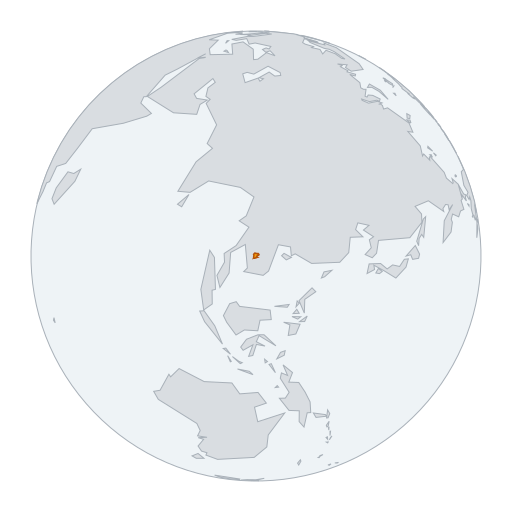 the Earth from above Siemréab, rotated 49°
{"feature_id": "KHM-1781", "entity_name": "Siemréab", "entity_type": "Province", "adm_level": 1, "iso_a3": "KHM", "parent_name": "Cambodia", "parent_adm1": "", "projection": "orthographic", "projection_center": [104.194, 13.577], "detail": "fine", "context": "on_globe", "style": "filled", "palette": "amber", "viewbox_px": 512, "rotation_deg": 49, "n_neighbors": 0, "source": "natural_earth", "source_scale": "10m", "svg_char_len": 10282}
<svg xmlns="http://www.w3.org/2000/svg" viewBox="0 0 512 512"><g transform="rotate(49 256 256)"><circle cx="256" cy="256" r="225" fill="#eef3f6" stroke="#a8b0b8"/><path d="M465.9,329.1L465.5,330.6L465.3,330.8L465.9,329.1ZM358.9,55.6L359.8,56.4L368.0,61.4L360.5,57.3L381.0,70.7L387.1,77.4L375.6,67.2L370.9,64.3L372.9,67.1L368.5,64.9L366.9,65.2L361.5,62.5L355.2,57.5L351.6,55.9L353.2,58.1L348.7,57.3L347.0,54.2L339.1,52.8L327.1,45.8L326.7,42.4L315.6,38.8L313.3,38.1L328.9,42.8L344.1,48.7L358.9,55.6ZM374.9,65.9L373.3,64.4L376.3,66.7L374.9,65.9ZM367.6,65.7L369.5,67.0L367.9,66.7L367.6,65.7ZM358.1,62.5L355.0,62.0L357.1,61.6L358.1,62.5ZM352.5,61.1L344.9,60.5L348.4,63.0L334.4,56.3L345.4,58.6L347.5,57.5L349.0,59.4L352.5,61.1ZM305.1,36.1L297.0,34.5L295.3,34.2L305.1,36.1ZM327.9,52.9L325.1,52.3L326.8,52.1L327.9,52.9ZM310.2,37.3L309.8,37.3L303.1,35.9L302.1,35.8L296.9,34.5L310.2,37.3ZM292.6,33.8L289.9,33.4L294.4,34.2L289.6,33.6L287.0,32.9L286.1,32.9L284.6,32.8L284.2,32.5L292.6,33.8ZM273.3,31.4L273.9,31.5L270.0,31.2L273.3,31.4ZM279.9,32.0L280.0,32.1L276.0,31.7L276.7,31.7L278.4,31.8L279.9,32.0ZM287.2,33.5L295.3,34.6L295.6,34.8L287.2,33.5ZM271.5,31.4L272.7,31.5L270.8,31.3L271.5,31.4ZM282.2,32.7L285.0,33.0L285.3,33.1L282.2,32.7ZM272.9,31.7L271.3,31.5L273.4,31.6L272.9,31.7ZM277.0,32.1L276.7,32.3L275.1,31.7L278.3,32.2L277.0,32.1ZM282.0,32.8L283.1,33.0L280.8,32.7L282.0,32.8ZM265.8,31.9L263.2,31.2L267.9,31.2L269.7,31.8L265.8,31.9ZM77.7,118.3L77.5,119.7L76.1,122.2L69.2,131.3L62.1,149.5L68.3,142.9L69.0,155.2L74.0,158.5L88.4,141.2L80.2,135.1L85.9,125.3L98.1,122.4L106.2,129.0L108.7,125.5L109.4,114.7L117.4,110.3L110.4,110.7L108.7,114.9L104.4,115.6L105.6,111.9L108.3,110.3L107.6,107.3L94.7,116.9L91.6,122.2L85.9,120.4L80.3,129.4L76.6,132.2L84.8,118.2L88.6,113.9L98.8,98.5L94.3,102.6L84.3,117.8L84.7,115.8L78.5,122.6L83.6,116.0L95.6,99.4L94.5,99.0L91.5,102.1L112.9,82.0L116.2,79.3L115.2,80.4L122.6,75.7L122.8,76.6L134.3,69.3L136.0,69.1L128.7,73.2L123.8,77.1L125.5,80.8L128.4,79.9L135.7,75.2L135.2,77.3L142.1,72.2L147.3,73.1L146.7,68.2L155.2,63.6L163.0,61.7L165.7,59.6L153.1,62.9L148.1,65.1L144.0,68.3L130.4,75.1L128.0,75.2L141.8,65.6L139.9,65.0L151.5,58.7L178.6,52.0L185.5,52.8L179.0,62.9L172.4,64.8L171.5,61.8L164.5,68.5L168.8,66.0L168.5,68.1L176.5,65.1L176.7,66.5L184.2,61.6L185.2,63.0L180.5,66.1L193.3,63.9L197.8,66.6L200.7,65.5L202.4,63.6L207.0,68.9L208.9,67.9L208.1,65.7L211.4,62.5L219.0,59.3L220.2,61.3L217.6,62.7L213.9,69.1L206.8,73.3L208.1,73.8L214.5,70.8L219.0,62.8L223.2,60.4L222.0,63.9L222.8,62.4L225.3,61.8L228.8,63.3L230.5,59.5L256.1,53.3L265.5,56.4L261.6,59.7L280.7,59.8L289.8,64.7L289.0,62.5L297.7,62.0L295.0,60.3L295.3,59.3L316.3,59.1L322.2,61.2L330.4,60.0L330.1,59.1L326.2,57.3L334.4,56.3L348.4,63.0L348.5,64.7L357.2,68.5L356.2,72.1L359.4,77.3L353.3,80.1L356.4,84.6L359.4,85.7L365.9,93.1L368.6,106.0L352.9,90.8L346.2,73.8L347.8,79.9L343.4,77.4L341.5,79.1L342.9,83.9L345.6,85.1L327.4,89.7L322.9,103.4L332.9,103.5L339.4,108.7L343.1,127.9L324.6,153.3L333.0,163.2L333.6,169.4L326.5,172.7L325.4,163.6L318.1,159.8L318.6,154.6L306.9,157.9L307.0,150.6L297.8,157.4L301.4,163.5L311.7,162.7L303.7,172.6L314.3,183.8L315.7,196.9L298.1,218.9L280.1,225.0L279.0,229.2L271.8,224.0L262.2,231.7L275.6,256.4L275.3,263.3L259.7,275.5L259.4,270.4L240.3,256.5L236.7,272.8L251.2,287.5L256.1,303.9L245.0,298.2L240.0,283.8L233.2,278.4L235.1,264.2L229.6,242.4L218.4,245.6L219.3,237.0L210.1,218.8L194.0,222.8L168.3,242.5L164.7,264.0L155.9,272.5L145.6,239.4L146.2,218.2L139.1,219.1L131.2,199.7L108.1,193.5L107.7,187.8L102.7,189.1L97.6,182.0L98.2,172.8L93.8,172.1L93.0,196.3L98.1,197.4L106.4,190.4L104.9,198.8L110.2,207.8L93.8,224.3L64.3,233.3L66.4,216.9L69.7,169.3L72.4,165.0L72.6,164.5L73.0,163.5L68.2,170.2L70.4,161.3L63.3,192.9L59.9,205.9L63.8,234.2L62.2,236.2L65.0,242.6L79.8,241.4L78.8,246.7L68.8,269.0L52.5,296.1L57.6,319.9L61.3,338.9L57.6,347.6L64.4,363.0L63.4,366.1L67.6,374.4L70.5,381.6L72.9,387.1L71.8,385.8L63.1,372.4L55.4,358.5L48.7,344.1L43.0,329.3L38.3,314.0L34.8,298.5L32.3,282.8L31.0,267.0L30.8,251.0L31.7,235.2L33.7,219.4L36.9,203.8L41.1,188.4L46.4,173.4L52.7,158.9L60.1,144.7L68.4,131.2L77.7,118.3ZM109.8,146.5L118.0,150.5L123.1,137.7L126.7,138.4L127.1,134.1L123.4,136.8L125.8,125.4L132.5,123.8L136.0,118.9L133.4,117.4L120.7,122.4L117.3,138.3L111.6,142.2L109.8,146.5ZM122.1,74.8L126.9,71.4L129.4,69.7L143.2,61.0L144.0,60.9L141.2,62.3L140.3,63.1L135.7,65.7L122.8,74.8L118.6,77.8L119.5,76.8L122.1,74.8ZM179.7,44.0L177.1,45.1L172.2,47.0L171.9,47.0L179.7,44.0ZM250.0,30.8L252.1,30.8L248.3,30.9L254.0,30.8L248.7,31.2L250.8,31.3L247.6,32.1L239.0,32.8L242.0,32.9L239.7,33.9L232.6,34.9L234.8,33.9L225.4,36.0L224.2,35.1L223.2,35.5L219.5,35.5L213.3,36.2L213.8,35.8L211.1,36.3L208.6,36.6L205.2,37.3L204.8,36.9L200.6,37.9L202.8,37.2L195.6,39.1L200.8,37.6L198.1,38.3L194.5,39.4L195.5,39.0L213.4,34.8L231.6,32.0L250.0,30.8ZM263.0,30.8L268.5,31.1L266.4,31.0L266.2,31.1L263.7,30.9L265.6,31.1L262.7,31.1L263.4,31.4L259.9,31.3L264.6,32.0L254.6,32.3L249.0,32.2L256.8,31.0L255.7,30.9L260.0,30.8L263.0,30.8ZM78.9,119.6L78.6,120.7L79.1,121.4L75.2,126.0L78.9,119.6ZM86.8,108.3L87.2,108.3L81.9,114.4L82.2,113.6L86.8,108.3ZM91.8,103.4L87.6,107.8L90.1,104.9L91.8,103.4ZM129.5,73.2L130.5,73.3L128.8,74.5L126.2,75.9L129.5,73.2ZM204.7,43.4L206.8,42.2L208.1,42.1L215.6,40.0L217.1,40.8L213.2,42.4L204.7,43.4ZM84.4,143.3L80.4,145.8L80.8,143.5L82.1,143.0L84.4,143.3ZM75.6,135.3L75.5,139.4L74.5,136.5L75.6,135.3ZM207.5,43.9L210.4,42.8L209.4,44.0L207.5,43.9ZM218.6,41.3L218.1,42.4L218.2,40.6L218.6,41.3ZM170.0,448.9L174.7,451.4L171.6,451.0L170.0,448.9ZM80.8,343.7L84.5,374.4L78.9,372.4L73.5,362.0L69.1,342.7L74.2,339.4L75.5,331.3L80.8,343.7ZM312.6,342.8L319.3,343.8L319.0,344.8L312.6,342.8ZM305.7,339.2L313.4,339.7L304.3,341.4L305.7,339.2ZM316.4,339.8L324.2,338.0L327.5,336.4L326.9,338.5L316.4,339.8ZM300.5,339.1L271.9,337.9L260.6,334.6L263.3,331.1L281.6,332.9L300.5,339.1ZM262.4,330.9L245.0,319.5L221.3,287.1L229.8,288.3L254.6,308.5L253.0,311.6L263.5,320.5L262.4,330.9ZM304.2,313.3L302.5,322.9L286.8,321.6L279.6,319.7L274.7,307.1L277.5,300.9L283.3,301.4L306.1,280.8L314.0,286.2L307.1,295.1L313.6,303.7L304.2,313.3ZM165.6,266.2L170.1,279.8L165.4,281.3L165.6,266.2ZM315.2,266.0L306.1,275.1L314.3,262.8L315.2,266.0ZM320.0,254.3L320.6,259.1L316.9,254.4L320.0,254.3ZM278.8,235.7L272.6,236.5L272.4,233.1L280.3,230.2L278.8,235.7ZM316.6,208.1L316.7,217.8L315.5,221.1L312.6,215.1L316.6,208.1ZM224.5,53.5L212.4,55.2L204.7,57.9L201.9,61.3L200.6,57.6L212.5,53.4L224.5,53.5ZM252.1,52.9L254.5,50.6L256.9,51.6L256.7,52.3L252.1,52.9ZM251.1,51.5L247.5,48.8L251.1,47.5L253.2,49.8L251.1,51.5ZM227.1,45.1L223.4,45.4L224.3,44.4L227.1,45.1ZM413.6,414.6L413.9,415.3L407.5,421.5L399.7,428.0L394.2,431.0L413.6,414.6ZM364.9,435.4L367.0,429.3L374.5,428.0L369.5,433.8L364.9,435.4ZM418.9,409.5L424.7,403.0L429.2,395.6L425.8,402.0L427.6,401.2L415.1,414.5L418.9,409.5ZM343.6,410.5L300.1,423.8L291.0,422.0L294.4,416.5L288.1,399.3L291.2,399.7L290.5,387.9L316.8,377.5L336.0,357.5L349.4,358.7L360.3,344.0L373.8,344.7L369.1,356.3L382.2,363.4L393.3,337.3L399.1,364.2L407.2,373.1L406.8,389.5L384.3,418.4L373.4,424.4L372.3,422.1L367.5,425.1L361.4,424.4L360.0,415.8L355.2,418.8L360.7,411.9L353.4,418.1L351.1,412.6L343.6,410.5ZM438.9,356.2L440.3,356.7L441.8,360.9L439.6,360.5L438.9,356.2ZM462.1,335.8L462.1,337.8L460.9,338.8L462.1,335.8ZM465.3,330.8L463.9,332.3L465.9,329.1L465.3,330.8ZM449.1,339.0L449.6,340.6L448.9,341.3L449.1,339.0ZM448.6,338.6L449.8,335.7L449.3,338.5L448.6,338.6ZM442.6,325.0L443.7,323.5L444.1,324.5L442.6,325.0ZM329.1,344.1L338.6,336.7L343.6,336.1L329.1,344.1ZM441.4,322.2L438.9,322.2L439.3,320.7L441.4,322.2ZM441.8,318.7L441.6,316.7L442.9,321.3L441.8,318.7ZM437.1,314.6L440.1,318.0L436.8,315.1L437.1,314.6ZM435.2,315.3L433.0,313.9L433.2,313.3L435.2,315.3ZM407.9,320.2L416.6,332.0L409.3,332.1L401.2,324.9L394.2,332.4L378.7,331.7L382.5,327.1L380.6,320.4L364.2,317.9L360.9,313.5L366.9,310.5L355.9,307.0L367.9,304.9L372.7,314.0L379.5,306.7L390.8,308.2L401.6,310.9L410.1,317.4L407.9,320.2ZM367.7,325.0L369.8,325.0L367.9,327.8L367.7,325.0ZM428.7,309.2L431.9,313.4L431.5,314.6L429.9,314.0L428.7,309.2ZM412.1,315.7L421.2,307.7L423.3,307.7L417.2,316.6L412.1,315.7ZM419.1,302.9L423.3,303.7L425.4,307.8L424.5,309.0L419.1,302.9ZM343.2,316.6L342.7,319.2L339.5,317.2L343.2,316.6ZM347.3,315.1L356.8,317.9L346.4,317.3L347.3,315.1ZM318.1,305.9L320.9,312.0L329.9,308.3L323.0,313.7L329.0,323.7L326.9,327.4L321.0,316.6L318.7,327.6L314.7,327.3L312.6,317.8L316.7,306.3L320.7,301.6L336.9,299.9L318.1,305.9ZM347.3,307.8L344.8,300.7L346.6,296.1L349.4,299.8L347.3,307.8ZM337.1,283.8L330.2,275.6L324.1,278.6L336.4,267.5L341.0,277.1L337.1,283.8ZM331.0,265.9L325.3,268.6L331.2,262.1L331.0,265.9ZM323.8,265.8L323.0,260.2L327.6,261.0L323.8,265.8ZM334.1,266.2L334.9,256.7L337.4,262.3L334.1,266.2ZM320.7,247.6L330.8,257.0L317.9,252.8L316.8,234.6L322.2,234.3L320.7,247.6ZM347.4,176.7L345.7,171.8L350.5,170.8L350.3,174.4L347.4,176.7ZM364.4,164.9L351.2,169.0L340.3,173.1L344.0,175.4L342.1,183.7L336.2,175.8L343.4,166.9L351.8,165.5L352.4,158.7L358.1,154.5L355.8,146.2L358.1,142.9L362.8,150.1L364.4,164.9ZM354.5,142.8L352.6,128.9L361.9,131.3L364.4,134.8L361.3,140.0L356.6,138.4L354.5,142.8ZM354.9,126.5L350.3,125.0L337.9,105.5L337.6,102.1L352.0,117.2L348.4,116.8L349.8,121.4L354.9,126.5ZM326.3,53.4L325.2,52.4L327.7,53.4L326.3,53.4ZM293.6,58.5L294.4,57.3L297.3,58.1L293.6,58.5ZM298.3,54.6L294.5,54.4L298.1,53.8L298.3,54.6ZM286.0,54.3L292.8,53.9L287.0,55.5L286.0,54.3Z" fill="#d9dde1" stroke="#a8b0b8" stroke-width="1"/><path d="M255.9,252.7L256.0,252.7L256.0,252.8L256.3,252.8L256.5,252.9L256.9,252.9L257.0,252.9L257.0,253.0L257.0,253.3L256.9,253.3L257.1,253.5L257.0,253.8L257.0,254.0L256.8,254.5L256.6,254.9L256.7,255.0L256.8,255.0L256.9,255.3L256.9,255.5L256.8,255.8L257.0,255.9L257.3,256.0L257.6,256.1L257.8,256.0L257.5,256.5L257.4,257.2L257.4,257.3L257.1,257.4L257.1,257.5L257.1,257.8L257.0,258.0L256.9,258.0L256.8,258.3L256.8,258.5L256.7,258.6L256.5,258.8L256.4,258.8L256.1,259.0L256.0,259.3L255.9,259.1L254.5,257.7L254.3,257.4L254.2,257.2L253.7,256.9L253.4,256.8L253.3,256.7L253.2,256.7L253.0,255.7L253.1,255.4L253.0,255.2L253.0,254.9L253.2,254.7L253.3,254.7L253.5,254.7L253.8,254.5L254.0,254.4L254.5,253.8L255.0,253.6L255.5,253.4L255.5,253.2L255.4,253.1L255.4,252.9L255.5,252.9L255.8,252.9L255.9,252.7Z" fill="#f59e0b" stroke="#b45309" stroke-width="1.5"/></g></svg>